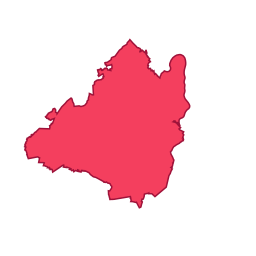 outline of Bronckhorst, Gelderland, Netherlands, rotated 133°
{"feature_id": "6326949B84146286859496", "entity_name": "Bronckhorst", "entity_type": "district", "adm_level": 2, "iso_a3": "NLD", "parent_name": "Netherlands", "parent_adm1": "Gelderland", "projection": "albers", "projection_center": [6.301, 52.053], "detail": "fine", "context": "isolated", "style": "filled", "palette": "rose", "viewbox_px": 256, "rotation_deg": 133, "n_neighbors": 0, "source": "geoboundaries", "source_scale": "gbopen_adm2", "svg_char_len": 5706}
<svg xmlns="http://www.w3.org/2000/svg" viewBox="0 0 256 256"><g transform="rotate(133 128 128)"><path d="M50.9,122.8L49.8,124.2L48.6,125.3L46.9,126.5L42.5,128.9L41.0,130.2L39.6,131.8L38.7,133.1L38.0,134.4L37.8,135.4L37.6,136.6L37.7,137.3L38.2,139.0L38.7,139.9L39.4,140.6L41.5,142.1L43.8,142.8L46.1,143.1L49.0,142.7L52.3,141.4L53.8,140.2L54.7,138.2L55.3,137.5L56.1,136.9L57.0,136.6L58.6,136.7L59.8,137.4L60.7,138.5L61.5,140.4L62.4,140.2L63.7,140.5L65.5,140.7L66.7,140.1L68.1,139.7L69.7,138.8L69.9,141.7L69.7,141.7L69.4,145.0L70.4,145.1L69.8,146.5L68.5,148.1L69.6,148.4L69.2,149.9L70.3,150.1L69.1,152.2L69.3,152.5L70.5,153.1L70.5,154.1L70.2,154.1L70.1,155.0L68.4,155.6L68.7,156.3L67.3,157.0L65.6,157.3L64.2,156.8L64.0,157.3L64.3,158.9L62.5,159.3L62.6,159.8L62.5,160.5L62.6,162.2L62.2,162.1L61.8,164.8L61.6,165.2L61.3,165.1L61.3,165.6L60.3,165.3L58.9,167.6L58.9,167.8L59.1,167.8L60.8,167.1L61.4,167.3L61.5,167.5L61.5,167.8L61.2,169.0L61.5,169.9L61.7,170.1L61.5,170.7L63.4,170.8L64.1,171.3L63.9,171.5L62.9,171.7L62.7,171.9L61.9,172.2L61.7,173.6L62.2,174.8L62.2,175.1L62.8,175.9L62.9,176.3L62.7,177.3L62.5,183.2L62.4,183.7L62.2,185.7L62.1,186.9L63.2,186.7L66.1,186.7L67.7,185.9L71.4,187.1L72.9,187.2L73.6,186.8L74.4,186.8L76.0,187.2L77.2,187.3L84.3,186.4L87.5,187.9L88.4,187.8L89.2,187.0L90.6,187.1L93.9,187.9L94.2,188.0L95.3,189.0L96.5,189.7L96.2,189.2L97.1,187.7L96.6,187.3L97.4,185.7L96.3,185.6L94.0,183.8L92.8,183.3L93.0,183.1L93.6,181.9L95.6,180.3L96.0,180.8L97.5,181.5L97.9,181.4L97.7,180.3L97.8,180.2L97.6,179.8L97.7,179.7L98.9,181.8L99.4,182.5L98.8,183.4L98.7,183.8L99.1,184.8L99.8,185.0L99.9,185.6L100.1,185.7L100.8,185.6L101.9,186.1L102.4,186.1L102.8,185.8L103.3,186.0L103.8,186.4L103.9,186.7L103.2,187.4L103.0,188.3L103.1,188.5L103.7,188.3L104.3,188.7L105.0,188.7L105.4,189.0L105.6,189.6L106.3,189.9L107.9,187.3L107.9,186.6L108.6,186.1L109.9,185.8L110.0,185.5L109.8,185.1L110.1,184.6L105.8,183.5L105.5,183.3L106.9,180.7L107.6,181.2L108.4,180.5L108.4,180.3L108.7,180.1L110.7,180.7L111.1,180.6L111.5,181.1L112.6,181.9L112.7,182.2L113.1,182.3L113.4,182.8L115.0,183.6L115.9,183.4L116.6,183.9L117.5,183.6L118.2,183.2L118.4,182.7L118.7,182.4L119.8,182.3L120.8,182.7L127.3,175.9L128.2,176.8L128.5,178.3L129.1,179.8L130.4,178.7L133.3,177.3L134.3,176.1L135.5,176.4L136.5,176.1L137.5,175.3L140.7,175.1L142.4,175.8L144.4,177.1L145.1,178.8L148.9,182.1L147.2,184.3L146.6,186.3L145.5,187.9L145.0,188.8L144.8,189.5L145.0,189.7L145.0,190.1L149.8,190.9L152.8,190.7L157.8,190.9L166.0,189.6L165.5,190.2L165.6,191.1L165.9,191.7L164.1,193.2L163.7,194.9L163.8,195.1L165.1,195.8L167.7,194.8L168.7,195.1L169.3,195.6L170.2,195.7L170.6,196.0L171.6,196.3L172.0,196.0L173.2,196.2L174.4,195.6L174.9,195.9L176.1,196.0L176.2,195.4L176.0,194.8L176.3,194.0L175.6,193.3L175.7,192.9L175.4,192.8L175.6,191.6L175.3,191.6L175.3,191.2L175.5,191.2L175.0,189.7L173.8,189.7L171.3,188.4L176.0,186.4L176.9,187.1L177.5,186.4L178.0,186.8L178.7,186.5L179.8,186.9L180.4,185.8L182.1,184.8L188.8,192.5L193.2,192.7L193.5,192.5L194.0,192.7L194.2,193.0L195.8,193.1L196.9,192.8L198.1,192.9L198.1,193.8L199.2,194.0L199.4,193.2L200.2,193.3L200.3,192.9L201.3,193.2L201.3,193.9L202.6,194.3L202.7,194.1L203.4,194.3L204.3,194.8L205.4,194.3L205.2,193.9L206.5,193.1L207.2,193.2L209.0,192.6L209.1,192.1L209.9,192.2L210.5,192.0L211.0,191.1L211.3,191.1L211.1,190.8L211.3,190.4L212.1,190.4L211.8,189.6L212.3,189.3L213.9,188.9L214.0,188.3L214.4,188.0L214.0,187.6L214.9,185.6L216.3,183.5L216.5,183.7L218.4,180.0L210.6,174.3L210.6,173.3L210.1,172.3L214.2,169.8L211.1,166.3L210.6,165.5L213.3,164.2L212.3,162.9L212.0,161.8L211.4,160.8L211.4,159.8L211.8,159.7L210.6,158.7L211.3,158.0L210.8,157.7L211.5,156.8L211.0,156.5L211.1,156.3L210.3,155.8L210.1,155.4L210.1,155.1L211.6,153.0L199.9,150.3L199.2,149.9L199.7,149.6L199.5,149.1L200.6,148.6L198.7,145.8L198.3,146.0L196.8,142.3L198.1,142.5L197.3,140.7L197.5,139.9L196.0,139.4L196.9,137.8L194.9,137.4L194.2,135.7L192.9,136.3L192.5,135.1L193.5,134.4L192.2,132.3L190.8,133.1L190.0,132.2L190.3,132.0L190.1,131.8L190.2,131.7L189.9,131.3L188.8,129.9L188.6,130.1L188.2,129.1L187.3,125.9L187.4,124.9L187.7,124.0L187.3,120.1L186.0,117.7L183.7,108.8L184.0,108.7L183.2,107.4L182.1,106.8L182.2,105.5L181.6,104.5L181.5,104.4L181.0,103.1L181.8,101.1L181.7,100.3L182.0,99.8L183.2,99.0L186.4,98.5L186.9,98.8L187.3,99.5L190.0,96.7L190.0,96.4L191.9,93.5L192.0,93.0L192.6,92.5L189.8,89.7L176.5,79.5L177.2,78.5L177.5,78.5L177.4,78.3L178.9,76.2L179.9,75.8L178.7,74.4L176.8,71.0L176.6,71.0L178.6,65.3L178.0,65.0L177.0,64.7L174.3,66.2L172.3,67.1L172.2,67.5L172.5,68.1L170.7,69.1L170.4,69.2L170.0,68.5L169.5,68.4L167.2,69.4L165.2,70.9L163.4,69.8L161.9,68.6L161.5,68.5L162.0,68.1L159.8,65.7L159.8,61.5L145.2,59.7L134.9,65.6L132.4,66.1L130.5,67.0L128.2,67.6L128.3,67.7L128.1,68.1L126.9,68.8L127.4,69.6L125.6,69.5L123.6,70.7L123.2,71.3L122.9,71.0L120.1,72.6L120.1,73.1L118.9,75.5L117.8,78.8L116.4,80.7L114.8,80.6L112.3,81.5L110.3,81.8L109.0,81.4L107.2,81.1L104.1,80.0L102.7,80.0L101.8,79.6L100.6,79.5L99.6,79.0L99.2,79.8L98.6,79.5L97.5,81.1L97.9,81.4L95.6,82.4L95.0,82.5L94.6,84.6L93.7,84.4L92.8,84.7L94.0,88.5L94.0,89.2L93.9,90.0L93.2,89.8L91.8,89.8L91.7,92.2L91.7,92.3L91.4,95.1L91.3,96.0L91.7,97.4L92.6,99.1L92.0,98.9L91.8,98.4L91.4,99.1L90.8,98.4L90.9,98.1L90.8,97.9L91.0,97.5L91.1,96.2L91.0,95.9L90.1,95.4L90.2,94.5L90.9,94.0L91.3,93.1L91.0,91.8L90.7,91.8L90.3,92.9L89.4,94.2L87.7,95.8L87.0,96.1L86.4,96.3L85.2,96.1L83.3,95.2L81.8,95.0L80.8,95.3L78.1,96.6L76.7,97.0L74.5,97.2L72.3,96.8L70.6,97.2L69.6,98.1L69.0,99.3L68.4,101.3L67.7,106.1L67.3,107.1L66.1,109.2L65.1,110.0L62.9,111.1L61.8,111.9L60.4,113.7L57.7,115.8L56.6,117.8L56.0,118.4L55.0,119.1L52.7,120.3L51.9,121.1L50.9,122.8Z" fill="#f43f5e" stroke="#9f1239" stroke-width="1.5"/></g></svg>